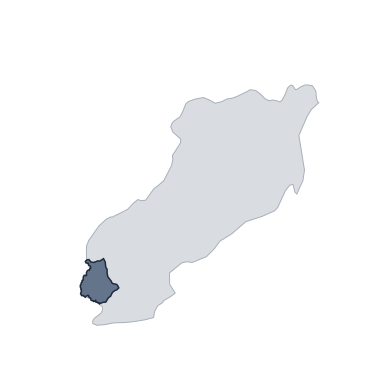 Tropojë, Kukës, Albania shown in context, rotated 230°
{"feature_id": "67620474B51082079967557", "entity_name": "Tropojë", "entity_type": "district", "adm_level": 2, "iso_a3": "ALB", "parent_name": "Albania", "parent_adm1": "Kukës", "projection": "equal_earth", "projection_center": [20.083, 42.368], "detail": "fine", "context": "in_parent", "style": "filled", "palette": "slate", "viewbox_px": 384, "rotation_deg": 230, "n_neighbors": 0, "source": "geoboundaries", "source_scale": "gbopen_adm2", "svg_char_len": 2892}
<svg xmlns="http://www.w3.org/2000/svg" viewBox="0 0 384 384"><g transform="rotate(230 192 192)"><path d="M125.4,114.2L125.6,108.9L126.9,100.5L126.2,97.7L127.0,92.9L124.5,86.5L120.5,81.9L124.4,73.7L130.2,63.9L135.6,56.1L142.0,48.0L146.3,40.2L151.0,33.5L154.9,31.5L156.9,32.9L158.0,35.8L157.7,44.5L159.0,47.4L161.8,49.6L167.6,48.6L174.0,46.4L182.7,41.8L184.2,42.1L187.4,44.5L194.0,55.0L198.5,64.2L207.2,67.4L212.1,71.0L218.4,76.5L221.4,82.0L225.8,98.8L226.3,109.0L225.1,113.7L224.0,114.9L220.1,131.5L221.1,140.0L221.0,145.6L217.7,147.8L215.5,151.3L219.1,165.2L218.7,171.1L218.9,177.9L225.4,193.4L229.2,198.2L232.6,200.5L237.0,214.8L239.6,217.3L250.2,215.9L255.4,217.5L257.5,220.9L258.0,223.2L257.3,231.3L260.0,237.5L263.5,243.8L263.5,247.7L261.2,254.1L257.0,261.5L251.3,264.4L245.1,266.8L242.2,272.6L240.7,278.7L237.9,283.3L236.2,288.3L233.6,298.5L233.0,302.3L228.8,306.0L222.3,307.5L216.4,307.9L212.5,309.6L210.5,313.1L206.8,315.9L204.5,317.2L204.5,320.3L207.2,326.8L210.3,332.1L210.4,336.4L208.9,337.5L204.1,337.0L203.1,338.6L202.6,343.3L201.3,347.4L199.3,349.8L195.9,352.5L189.7,351.7L183.8,347.6L180.7,346.3L178.9,346.5L178.5,336.5L175.9,328.8L166.6,310.2L136.4,292.2L129.3,284.1L126.2,277.4L123.1,271.0L126.1,270.8L129.1,272.4L132.9,274.3L134.4,271.1L132.8,264.1L125.1,247.8L124.5,243.3L128.4,229.6L134.7,214.3L134.4,195.7L136.4,181.8L134.2,172.7L133.2,161.6L137.9,146.8L141.9,143.2L144.3,138.5L144.5,122.8L135.6,115.5L125.4,114.2Z" fill="#d9dde1" stroke="#a8b0b8" stroke-width="1"/><path d="M207.6,67.3L207.3,65.6L205.8,65.2L205.1,65.9L204.5,66.1L203.9,66.8L202.6,65.8L200.2,66.5L199.6,65.8L198.6,65.2L198.9,64.5L198.1,63.1L198.8,62.7L198.9,61.2L198.3,59.6L197.2,58.5L196.0,57.8L196.0,56.9L196.9,56.6L197.5,55.8L196.9,54.2L195.6,53.0L194.6,52.2L194.5,51.9L194.9,51.5L194.9,51.1L194.7,51.0L194.4,50.3L193.8,50.1L193.7,49.6L193.5,49.1L193.6,48.8L193.6,48.6L193.3,48.3L192.6,47.8L192.4,47.2L192.5,46.7L191.8,46.0L190.7,45.2L189.0,44.8L188.9,44.3L188.4,44.2L187.0,43.6L186.8,42.9L186.4,42.4L186.1,41.8L185.5,41.1L184.9,41.2L183.9,40.9L183.3,41.0L182.9,42.0L181.9,42.1L181.1,42.6L180.5,42.4L180.0,42.6L180.1,43.3L180.3,44.0L180.1,44.6L179.8,45.0L179.8,45.8L179.3,46.2L178.3,45.6L177.4,45.5L176.9,45.5L176.2,46.0L175.4,46.0L174.2,45.1L172.8,45.7L172.3,46.4L171.4,46.2L170.9,47.0L171.0,47.8L170.9,48.5L170.4,48.3L169.5,47.6L168.8,48.0L168.4,48.8L167.3,48.7L166.8,49.5L166.2,49.1L165.7,49.3L165.8,49.9L165.3,50.9L164.9,52.4L164.6,53.0L164.2,53.5L163.8,54.1L163.4,54.7L163.1,55.1L164.7,59.9L164.5,62.6L166.2,66.4L166.1,69.6L165.4,71.5L165.6,74.3L168.1,74.9L169.6,74.9L172.6,72.6L174.4,72.2L175.3,72.8L178.0,72.9L181.3,73.1L184.2,74.7L185.4,75.6L187.4,77.3L189.8,77.6L194.1,80.5L197.8,81.4L198.4,76.9L199.8,75.5L200.5,73.3L201.1,71.6L203.3,69.6L206.5,69.6L206.9,69.0L207.1,68.6L207.2,68.4L207.3,68.3L207.6,67.9L207.6,67.6L207.6,67.3Z" fill="#64748b" stroke="#1e293b" stroke-width="1.5"/></g></svg>